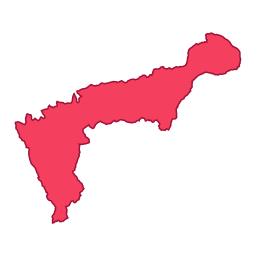 Dos de Mayo, Huánuco, Peru (Albers equal-area conic projection)
{"feature_id": "86281439B79101978264301", "entity_name": "Dos de Mayo", "entity_type": "district", "adm_level": 2, "iso_a3": "PER", "parent_name": "Peru", "parent_adm1": "Huánuco", "projection": "albers", "projection_center": [-76.617, -9.7], "detail": "fine", "context": "isolated", "style": "filled", "palette": "rose", "viewbox_px": 256, "rotation_deg": 0, "n_neighbors": 0, "source": "geoboundaries", "source_scale": "gbopen_adm2", "svg_char_len": 5684}
<svg xmlns="http://www.w3.org/2000/svg" viewBox="0 0 256 256"><path d="M52.6,223.0L54.3,222.5L54.6,221.9L55.2,221.4L56.2,221.5L57.4,221.0L58.2,220.2L58.9,220.5L59.7,221.6L61.2,221.6L62.8,221.2L63.4,221.0L65.1,219.4L67.9,217.9L67.1,216.3L66.3,213.8L66.4,212.9L66.9,212.3L66.7,211.3L67.0,209.8L66.5,208.8L65.9,206.5L67.6,206.3L68.4,205.7L69.1,205.5L71.2,201.3L72.8,200.8L73.9,202.3L74.5,202.7L75.5,202.4L77.2,200.4L79.0,199.6L79.0,198.8L79.4,198.3L79.7,196.4L80.9,195.4L80.1,194.6L79.8,192.7L82.5,190.7L82.8,189.8L83.9,188.6L83.1,187.6L82.8,185.7L82.4,185.2L81.9,183.6L79.9,182.0L79.1,180.7L77.6,179.9L76.9,177.2L75.9,176.1L75.1,175.7L74.5,174.5L73.5,173.5L72.5,171.5L73.2,170.9L74.2,170.6L74.9,169.8L74.8,168.6L75.8,166.7L75.6,165.6L75.8,164.5L76.8,162.5L77.8,159.0L79.2,155.9L79.1,153.7L79.7,153.0L79.9,152.3L79.3,150.0L79.3,147.9L79.7,145.2L79.1,144.2L80.7,144.4L83.4,144.2L84.2,143.8L86.0,143.8L86.8,143.3L88.9,142.8L89.3,142.4L89.0,141.3L89.2,140.1L89.0,139.4L87.5,137.9L85.5,136.6L85.1,134.8L83.6,133.0L83.0,131.5L82.9,129.6L83.5,128.7L88.8,124.9L89.5,126.4L91.6,127.9L93.0,128.5L94.0,127.7L95.6,124.6L96.2,123.9L97.9,122.5L100.6,121.2L101.7,122.2L105.1,123.5L105.9,124.2L106.5,124.3L108.4,123.7L110.8,123.5L112.8,121.5L114.3,120.5L114.9,120.5L115.3,121.5L117.1,121.5L118.0,121.3L119.6,120.0L120.5,119.7L124.8,120.4L125.9,121.5L128.9,122.4L132.3,122.8L134.1,122.2L135.1,122.2L137.2,120.7L138.1,120.5L139.3,120.7L139.2,120.0L139.7,119.4L142.1,117.6L143.0,118.2L144.6,118.6L145.4,120.9L146.3,120.8L147.5,119.9L148.4,119.9L149.3,120.7L150.6,120.1L152.4,122.2L153.7,122.0L154.5,120.7L155.1,120.3L156.7,120.4L157.0,120.1L157.5,121.0L159.7,123.5L159.4,125.0L158.6,125.9L159.4,127.4L159.4,128.6L160.7,129.1L161.2,130.2L163.0,129.9L165.2,130.4L166.2,129.0L166.6,128.8L168.6,129.9L170.9,125.1L170.8,123.1L171.5,121.7L171.7,120.5L172.1,119.6L172.8,118.8L174.9,119.0L176.4,117.9L176.8,116.2L176.4,115.6L176.4,114.7L176.7,114.1L176.3,112.0L176.4,110.9L176.0,109.9L176.8,108.0L177.8,106.9L177.3,106.3L178.1,105.5L178.4,104.4L179.1,103.7L179.8,102.5L179.9,101.8L180.5,101.4L181.2,100.0L182.9,99.0L183.8,98.8L184.4,97.3L185.2,96.3L187.2,95.0L190.7,90.8L190.4,90.0L190.6,88.7L191.4,88.1L192.2,86.8L191.9,85.5L192.3,82.3L192.0,81.3L192.7,81.0L193.0,80.2L194.3,79.5L195.3,78.1L195.9,77.9L197.4,76.2L198.5,75.4L201.5,74.0L202.5,73.9L203.4,73.1L206.0,72.1L211.2,73.2L212.3,73.7L213.3,73.5L214.5,74.6L218.6,74.9L219.4,74.2L222.1,74.2L225.3,73.5L226.0,72.9L226.4,72.1L227.8,71.1L229.3,70.8L229.8,70.2L231.0,69.7L232.9,69.8L234.8,69.2L236.0,69.5L236.6,69.3L237.5,68.2L237.6,66.9L238.9,66.8L239.4,66.1L239.2,64.7L240.1,63.0L240.1,61.7L240.6,59.3L239.9,56.7L239.9,52.3L239.1,50.8L237.7,49.1L236.1,47.9L232.8,46.4L231.1,44.5L230.2,42.7L228.6,41.0L227.3,39.9L225.6,39.2L223.2,37.1L220.3,35.5L216.3,34.5L215.0,34.9L213.6,34.0L211.1,33.0L209.2,34.1L207.6,33.7L206.2,34.3L205.7,35.0L206.2,37.2L206.0,38.8L206.8,39.6L206.7,42.1L206.3,42.2L204.7,41.8L203.8,42.7L202.2,42.3L201.4,42.8L199.6,43.4L198.3,44.6L197.8,44.6L197.1,43.9L196.2,43.7L194.6,45.2L193.2,46.1L191.7,47.5L190.7,48.0L188.8,49.7L188.5,51.5L187.9,53.3L188.5,55.1L187.6,57.7L187.4,60.7L186.9,61.8L186.8,63.4L186.5,64.0L185.8,64.3L185.7,65.3L184.5,65.9L182.4,66.7L179.8,66.6L179.0,67.1L177.7,67.1L176.5,66.8L175.6,67.0L174.2,67.9L173.3,68.1L172.8,68.8L171.7,69.2L169.5,67.9L168.7,68.0L167.4,68.9L165.4,68.8L164.0,68.0L163.5,66.8L162.6,66.6L162.1,67.0L160.8,67.2L160.2,68.0L158.8,68.9L157.7,69.2L155.5,68.9L154.1,69.3L153.6,69.8L153.4,71.0L152.9,71.7L152.6,73.5L152.2,74.0L152.0,75.0L151.6,75.3L150.9,74.8L149.9,74.9L149.4,75.8L148.2,77.0L147.4,77.0L146.6,77.2L146.2,76.3L144.8,75.2L142.7,75.3L142.1,76.1L140.0,76.9L137.7,79.2L136.4,79.3L135.3,79.8L134.9,79.5L133.2,79.2L131.2,79.4L128.1,80.8L127.5,81.3L127.0,82.1L125.1,82.9L122.7,81.3L121.6,80.8L117.4,82.5L116.4,81.8L114.6,81.8L113.7,81.5L109.2,82.6L108.5,83.0L105.4,83.4L104.8,83.8L102.0,83.0L100.8,83.4L99.3,84.9L97.7,85.6L96.5,85.3L95.6,85.8L92.9,85.6L92.2,84.9L90.9,84.6L86.7,87.9L85.5,88.4L81.8,89.1L79.1,90.6L76.9,91.2L77.2,91.6L77.2,92.5L77.4,93.2L78.7,93.9L80.1,95.5L81.6,96.2L79.6,97.7L78.9,98.7L79.1,101.7L78.5,102.3L77.3,102.6L76.9,102.0L76.5,100.7L76.6,99.3L75.8,97.0L74.9,95.6L74.1,93.7L73.6,94.3L73.4,95.4L72.9,96.6L72.1,101.7L71.4,102.9L69.4,103.3L67.6,103.0L65.3,103.8L64.4,103.6L63.1,102.6L59.4,102.4L57.2,101.4L56.7,102.2L56.6,103.0L57.2,105.1L57.0,106.1L55.1,106.5L53.0,107.7L52.5,107.5L52.0,106.8L50.7,106.6L49.4,105.3L48.4,106.7L47.9,108.8L47.3,109.0L45.3,109.2L41.4,110.7L42.9,113.7L44.6,116.0L44.8,117.8L44.3,118.3L43.1,118.3L41.6,117.2L41.0,117.0L40.6,117.3L39.8,119.3L38.3,120.6L37.6,120.4L35.0,118.3L33.9,119.5L32.7,120.3L32.1,119.9L31.5,118.9L31.5,116.1L30.9,114.9L28.5,114.5L27.9,114.0L27.2,113.9L26.4,115.0L26.3,116.8L25.8,117.4L25.6,118.7L26.0,122.3L24.8,124.6L23.2,124.2L22.2,123.3L21.0,123.3L19.9,122.3L17.6,121.8L16.7,122.2L15.7,122.2L15.4,122.6L15.4,123.4L16.2,125.8L15.9,126.9L16.1,128.9L17.4,130.1L18.2,132.8L19.3,134.2L19.4,136.9L20.4,138.1L21.3,138.6L22.1,140.3L24.5,141.4L25.6,144.7L26.4,146.1L26.2,147.5L27.2,147.5L28.4,147.8L29.3,149.4L29.3,150.0L28.9,150.9L28.8,154.1L29.6,158.5L30.5,161.4L31.2,163.4L31.9,164.4L34.6,167.2L35.6,168.7L37.2,173.2L38.1,174.1L38.3,175.8L39.0,177.0L38.1,177.5L37.9,178.0L38.7,179.0L39.0,179.9L39.8,180.3L41.2,181.6L42.1,183.9L42.2,185.8L44.5,187.2L44.4,188.4L45.5,189.9L46.1,192.2L46.4,192.5L47.2,192.4L47.7,194.5L46.9,195.3L46.7,196.4L47.2,197.7L47.3,198.4L48.6,199.9L49.6,200.5L51.2,200.8L52.3,202.9L54.4,205.0L55.1,206.7L55.7,207.4L55.6,208.3L55.2,208.9L55.6,210.0L54.7,211.1L54.5,213.0L52.2,216.3L52.3,217.5L53.0,218.5L52.5,219.9L52.7,221.3L52.4,222.4L52.6,223.0Z" fill="#f43f5e" stroke="#9f1239" stroke-width="1.5"/></svg>